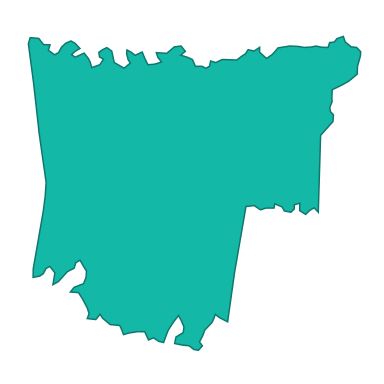 Lindoeste, Paraná, Brazil, rotated 91°
{"feature_id": "56859067B27397769161931", "entity_name": "Lindoeste", "entity_type": "district", "adm_level": 2, "iso_a3": "BRA", "parent_name": "Brazil", "parent_adm1": "Paraná", "projection": "natural_earth1", "projection_center": [-53.566, -25.249], "detail": "fine", "context": "isolated", "style": "filled", "palette": "teal", "viewbox_px": 384, "rotation_deg": 91, "n_neighbors": 0, "source": "geoboundaries", "source_scale": "gbopen_adm2", "svg_char_len": 2256}
<svg xmlns="http://www.w3.org/2000/svg" viewBox="0 0 384 384"><g transform="rotate(91 192 192)"><path d="M85.1,352.4L129.0,346.7L134.4,346.1L185.0,338.0L194.7,338.5L198.8,338.7L213.4,340.3L271.6,349.4L280.2,349.4L278.7,342.7L276.3,339.3L270.9,336.5L268.9,332.8L275.2,327.7L287.1,329.4L283.9,324.0L273.9,315.3L270.2,308.5L264.8,307.0L262.1,302.8L268.3,299.1L273.0,296.1L279.0,296.4L285.5,298.8L289.4,308.2L294.1,311.9L294.6,303.8L300.3,299.9L309.7,294.7L315.4,292.8L320.4,294.5L321.2,285.9L315.8,281.9L319.8,279.1L326.0,271.5L326.7,261.9L331.7,259.5L335.8,258.0L334.1,252.6L332.6,243.9L332.5,236.8L340.7,232.9L338.5,227.9L341.9,222.7L343.0,217.8L335.8,215.3L330.7,213.4L326.2,210.7L321.6,207.7L315.7,203.3L321.1,200.3L327.0,197.7L332.7,198.3L337.3,205.5L343.8,206.7L345.3,198.6L345.8,192.2L349.4,187.5L350.2,182.9L345.7,178.9L341.8,181.9L336.2,179.1L329.7,176.7L322.1,169.7L317.8,167.8L313.9,166.6L317.0,162.6L321.2,154.1L272.1,148.1L205.6,137.8L204.5,129.6L208.6,123.2L206.8,117.8L206.6,109.7L202.4,109.0L205.4,101.6L209.4,99.3L210.5,92.7L207.2,89.5L202.9,89.5L201.4,84.0L208.8,84.0L212.4,78.0L208.0,73.5L205.7,69.5L210.0,65.4L133.1,64.4L119.1,52.3L112.4,51.9L109.2,55.0L105.1,55.7L99.2,53.5L95.4,53.8L87.3,53.6L81.9,43.0L78.4,37.1L71.3,28.9L63.2,28.7L56.6,26.9L52.9,26.0L48.8,25.8L44.6,29.9L44.1,35.3L39.2,41.5L33.8,43.4L36.1,49.7L39.5,52.3L40.2,57.0L45.1,58.5L45.0,64.8L43.9,70.6L45.0,75.5L45.5,82.4L44.6,88.3L44.3,96.7L45.4,102.8L46.4,108.5L50.0,111.4L53.5,114.6L57.2,119.8L51.0,126.9L46.2,126.9L50.0,132.4L48.7,138.3L52.9,141.0L55.4,144.7L59.3,149.6L59.1,155.5L59.0,164.2L62.2,170.5L60.7,175.7L65.8,176.6L68.1,180.2L66.1,184.3L66.3,190.8L59.5,193.9L57.2,199.4L55.4,205.7L51.5,201.1L46.2,205.5L47.2,212.2L53.8,219.7L53.3,230.1L57.9,228.5L62.6,224.7L64.9,231.9L65.5,238.3L58.9,241.7L52.9,244.2L56.3,251.3L53.3,255.2L51.1,259.5L54.8,259.8L60.7,258.2L64.2,256.0L69.4,262.0L63.9,272.0L52.5,274.7L49.1,279.7L51.2,283.8L54.0,287.6L58.7,286.8L60.6,282.8L66.3,286.3L69.4,294.4L63.9,296.1L60.1,298.1L55.0,302.3L59.3,311.2L56.7,314.8L53.3,311.2L50.5,306.5L45.4,311.5L43.1,315.6L45.3,320.6L49.3,324.9L55.0,327.9L57.2,331.8L52.8,338.1L47.3,336.5L47.2,343.0L41.1,347.9L40.5,356.5L46.6,358.2L85.1,352.4Z" fill="#14b8a6" stroke="#0f766e" stroke-width="1.5"/></g></svg>